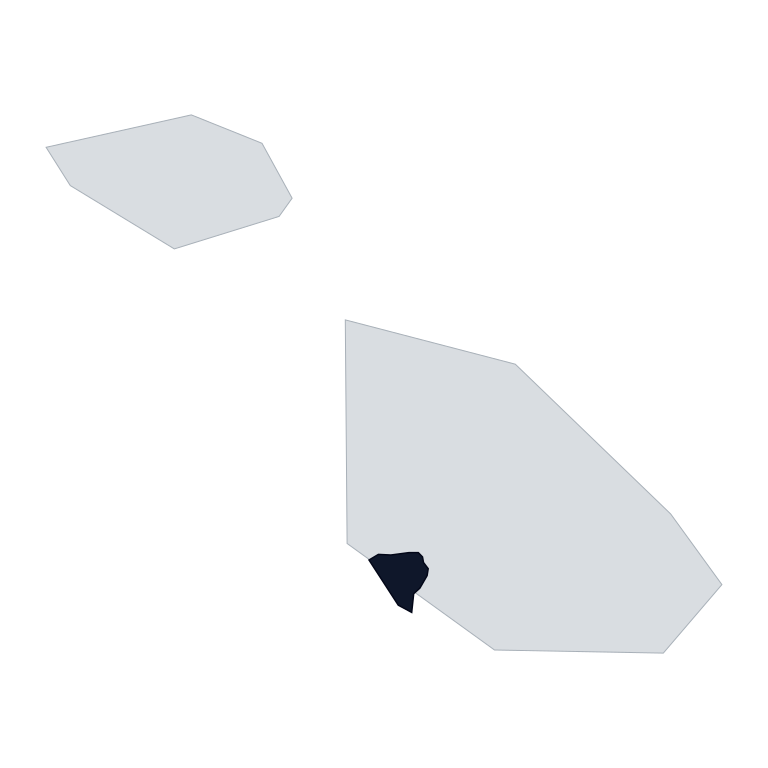 Dingli on a map of Malta (Robinson projection)
{"feature_id": "MLT-5947", "entity_name": "Dingli", "entity_type": "state/province", "adm_level": 1, "iso_a3": "MLT", "parent_name": "Malta", "parent_adm1": "", "projection": "robinson", "projection_center": [14.387, 35.854], "detail": "fine", "context": "in_parent", "style": "filled", "palette": "ink", "viewbox_px": 768, "rotation_deg": 0, "n_neighbors": 0, "source": "natural_earth", "source_scale": "10m", "svg_char_len": 553}
<svg xmlns="http://www.w3.org/2000/svg" viewBox="0 0 768 768"><path d="M721.9,584.6L663.3,653.1L494.5,650.0L347.1,543.5L345.3,319.9L515.3,364.2L670.7,514.0L721.9,584.6ZM279.1,216.4L174.3,248.9L70.3,185.6L46.1,147.3L191.3,114.9L262.0,143.3L292.1,198.2L279.1,216.4Z" fill="#d9dde1" stroke="#a8b0b8" stroke-width="1"/><path d="M411.7,612.4L398.3,605.2L369.0,560.0L378.4,554.4L390.9,555.0L409.0,552.6L418.3,552.6L422.5,556.9L423.5,562.5L428.2,568.7L427.1,575.6L419.9,588.1L413.7,593.7L411.7,612.4Z" fill="#0f172a" stroke="#020617" stroke-width="1.5"/></svg>